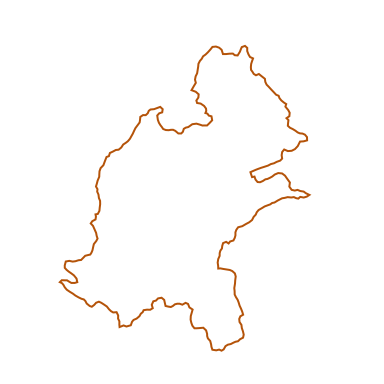 Mascote, Bahia, Brazil, rotated 9°
{"feature_id": "56859067B88966015579039", "entity_name": "Mascote", "entity_type": "district", "adm_level": 2, "iso_a3": "BRA", "parent_name": "Brazil", "parent_adm1": "Bahia", "projection": "orthographic", "projection_center": [-39.412, -15.653], "detail": "fine", "context": "isolated", "style": "outline", "palette": "amber", "viewbox_px": 384, "rotation_deg": 9, "n_neighbors": 0, "source": "geoboundaries", "source_scale": "gbopen_adm2", "svg_char_len": 4894}
<svg xmlns="http://www.w3.org/2000/svg" viewBox="0 0 384 384"><g transform="rotate(9 192 192)"><path d="M240.7,344.6L243.5,343.4L246.0,344.1L247.9,342.5L249.2,339.0L251.3,337.2L254.1,336.1L256.4,334.4L258.4,333.1L260.8,332.2L262.5,329.9L265.2,327.9L265.4,324.8L264.1,321.6L262.5,318.6L261.6,315.5L259.3,313.0L258.5,310.0L259.2,307.2L261.7,305.2L260.3,302.3L258.7,299.6L256.8,296.8L255.3,293.7L253.9,291.3L251.8,288.9L250.2,286.6L249.6,283.3L248.8,280.3L248.8,275.7L248.5,272.5L248.4,268.6L247.1,265.7L244.2,263.8L241.5,263.1L238.1,263.1L234.7,263.1L232.0,263.0L229.9,263.5L229.4,260.9L228.4,257.7L228.4,254.1L229.3,250.8L228.9,248.0L229.2,245.5L230.4,243.1L230.3,240.5L230.7,237.6L233.5,235.9L236.2,237.1L237.4,234.9L240.5,233.4L241.4,230.6L241.7,228.1L241.2,225.0L241.7,222.4L243.1,219.6L247.0,217.9L250.4,215.1L253.2,213.0L255.7,210.3L256.8,206.9L258.5,204.4L259.1,201.9L260.6,199.4L263.7,196.9L266.0,194.9L269.0,193.2L271.2,192.0L272.9,190.3L275.1,189.5L278.0,187.0L282.0,184.1L284.5,183.3L287.3,182.1L290.9,181.9L293.4,181.1L295.8,181.8L298.0,181.9L299.7,179.9L303.2,180.0L306.1,178.6L308.4,176.5L304.7,175.4L302.2,174.1L298.8,174.1L295.9,173.4L293.3,174.5L290.1,174.3L287.3,171.5L287.2,167.3L284.0,164.1L281.3,161.3L278.1,159.6L274.2,159.8L271.0,161.8L268.8,164.2L267.0,165.6L264.5,167.3L262.5,168.0L260.2,170.1L257.7,171.7L255.2,171.9L252.8,169.8L251.3,167.0L249.0,167.9L246.6,163.3L249.0,161.7L251.7,160.0L253.6,158.9L256.3,157.4L259.1,156.0L263.0,154.0L265.5,152.1L268.5,150.8L270.9,149.0L274.2,147.2L275.8,144.9L274.8,141.6L274.8,138.4L276.4,135.6L280.3,136.6L284.0,135.7L287.0,133.5L289.3,130.1L290.8,125.3L294.3,124.5L297.6,123.0L297.0,119.8L294.6,117.7L292.0,117.0L289.3,117.2L287.0,116.6L284.6,115.3L281.7,114.1L278.7,113.2L276.3,111.6L276.1,108.6L276.0,105.9L273.8,104.3L276.3,101.9L276.1,98.5L274.2,96.0L270.9,93.1L271.3,90.4L268.8,89.3L265.9,87.6L263.7,85.6L262.5,83.4L259.9,82.8L257.5,80.9L254.1,78.3L251.1,75.9L248.9,74.3L247.2,71.8L246.3,68.8L242.9,66.9L239.6,65.0L236.9,66.7L234.5,65.7L232.9,63.8L231.2,62.1L230.6,59.4L230.4,56.3L230.8,53.6L231.4,50.5L228.2,49.6L226.3,47.3L224.5,44.2L224.0,41.0L221.5,39.4L218.5,41.1L217.9,43.4L217.4,45.9L215.7,50.0L212.8,50.2L210.7,48.9L207.5,49.5L204.2,50.4L201.0,50.9L199.0,46.9L196.2,45.2L192.9,44.6L189.5,45.5L187.8,48.5L185.8,51.6L183.9,54.1L181.7,56.3L180.8,58.9L179.3,61.3L178.3,64.4L178.5,67.1L178.5,71.0L178.5,74.0L177.5,77.2L177.4,80.6L178.7,83.6L177.3,87.0L175.6,91.5L180.0,92.4L183.3,94.5L183.5,97.7L182.0,101.0L183.1,103.3L186.7,103.3L190.5,105.1L192.8,107.4L193.4,109.7L192.9,111.9L195.0,112.2L196.6,113.9L199.4,114.2L200.7,118.0L198.5,121.2L196.5,123.9L191.9,124.7L189.0,124.2L185.7,123.8L181.7,125.0L178.2,128.4L175.8,129.4L174.0,130.9L173.6,133.9L172.2,135.9L169.3,136.3L165.9,134.2L163.5,133.5L161.4,133.9L159.3,134.6L156.5,134.9L153.7,134.3L152.0,132.5L150.4,131.0L148.5,128.8L147.0,126.1L145.7,121.9L147.3,119.4L150.1,118.0L150.1,114.8L147.3,112.9L144.1,114.7L141.6,116.1L138.1,117.0L136.6,118.6L136.0,121.1L134.3,123.3L131.6,123.7L129.2,125.9L129.4,129.0L129.4,131.5L128.1,134.0L126.1,137.8L125.2,140.8L124.4,143.7L123.2,146.9L122.4,149.1L120.7,151.9L118.9,153.8L116.6,155.9L115.2,159.1L112.9,161.7L110.2,162.4L107.6,164.4L104.8,166.3L104.3,169.6L102.1,170.8L101.2,174.9L100.3,179.4L98.0,182.7L97.4,186.0L97.7,189.2L98.0,191.5L97.0,195.6L96.7,198.7L96.3,201.6L98.2,204.0L98.3,206.5L100.0,209.1L101.0,212.5L102.6,215.1L103.2,218.4L103.3,221.8L103.5,225.1L102.4,228.4L100.2,229.2L101.0,231.4L101.0,234.2L98.1,236.4L96.9,238.9L99.5,240.9L101.7,244.3L103.7,247.4L104.7,250.2L106.0,252.8L105.1,255.4L103.2,258.8L103.0,261.7L102.8,265.2L102.2,267.6L101.3,269.7L98.8,270.7L96.5,271.7L94.6,274.4L93.1,276.5L90.7,277.1L87.7,278.6L85.0,279.4L81.6,279.2L78.2,280.4L77.8,284.4L78.2,286.8L80.3,288.5L82.7,289.9L85.6,291.3L88.4,292.8L91.5,295.6L92.8,299.0L90.3,300.2L87.1,300.7L85.0,299.9L82.4,298.8L79.6,299.2L77.2,299.5L75.6,301.7L77.9,302.4L79.6,303.9L81.2,306.0L83.6,308.1L87.0,309.7L90.2,311.0L93.0,312.5L96.4,313.8L99.7,314.8L101.9,315.0L103.8,316.4L105.4,318.6L108.8,320.6L111.0,321.0L113.1,318.8L114.6,316.4L117.2,314.9L119.7,315.6L122.2,316.7L125.8,318.4L128.5,320.9L130.7,322.4L133.0,323.3L136.3,322.5L138.4,325.5L138.8,328.6L140.5,331.1L141.0,334.4L141.6,336.7L145.3,334.5L148.3,335.1L152.4,333.2L153.1,329.5L154.3,327.5L157.1,325.7L159.5,322.9L160.5,320.2L162.1,318.4L162.7,316.3L165.8,315.3L169.2,314.8L171.4,312.9L169.9,309.7L170.9,306.0L173.4,304.9L175.1,302.4L178.5,301.2L181.4,302.9L182.3,305.2L183.7,308.7L186.8,308.9L189.1,308.9L190.9,307.6L192.7,305.6L194.8,304.7L197.2,304.3L200.1,304.8L203.0,302.5L205.6,303.2L207.5,306.4L211.0,308.0L210.6,311.4L210.2,314.7L210.6,318.3L211.8,321.3L213.3,324.0L215.7,326.2L218.7,325.7L221.2,325.1L224.4,324.3L227.6,326.5L229.1,329.7L229.5,331.9L230.6,334.1L233.3,336.3L234.7,339.5L235.4,341.8L236.8,344.6L240.7,344.6Z" fill="none" stroke="#b45309" stroke-width="2"/></g></svg>